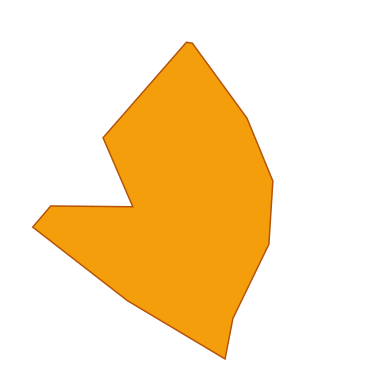 an SVG outline of Ngardmau, rotated 122°
{"feature_id": "PLW-5253", "entity_name": "Ngardmau", "entity_type": "state/province", "adm_level": 1, "iso_a3": "PLW", "parent_name": "Palau", "parent_adm1": "", "projection": "equal_earth", "projection_center": [134.587, 7.599], "detail": "fine", "context": "isolated", "style": "filled", "palette": "amber", "viewbox_px": 384, "rotation_deg": 122, "n_neighbors": 0, "source": "natural_earth", "source_scale": "10m", "svg_char_len": 321}
<svg xmlns="http://www.w3.org/2000/svg" viewBox="0 0 384 384"><g transform="rotate(122 192 192)"><path d="M68.0,276.1L65.6,270.7L100.2,184.6L139.9,129.2L195.6,99.1L277.6,90.3L316.1,75.5L318.4,189.1L306.2,308.5L278.7,304.4L235.9,234.4L193.1,296.2L68.0,276.1Z" fill="#f59e0b" stroke="#b45309" stroke-width="1.5"/></g></svg>